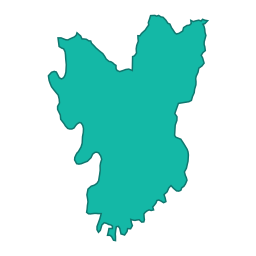 the district of Assaí, Paraná, Brazil
{"feature_id": "56859067B40510282315364", "entity_name": "Assaí", "entity_type": "district", "adm_level": 2, "iso_a3": "BRA", "parent_name": "Brazil", "parent_adm1": "Paraná", "projection": "equal_earth", "projection_center": [-50.881, -23.418], "detail": "fine", "context": "isolated", "style": "filled", "palette": "teal", "viewbox_px": 256, "rotation_deg": 0, "n_neighbors": 0, "source": "geoboundaries", "source_scale": "gbopen_adm2", "svg_char_len": 3218}
<svg xmlns="http://www.w3.org/2000/svg" viewBox="0 0 256 256"><path d="M202.6,19.3L201.1,21.0L198.7,20.2L195.6,20.9L193.2,21.6L190.8,20.4L191.2,23.5L189.6,25.1L186.9,25.5L183.6,27.6L182.7,31.0L179.1,33.3L176.4,34.0L174.8,32.7L172.9,29.7L171.6,27.9L169.9,24.1L167.9,23.3L165.8,20.1L163.1,17.3L160.9,16.9L158.6,15.4L156.6,16.2L154.9,15.4L150.6,15.6L149.6,18.9L148.3,22.6L148.7,25.0L147.1,27.2L145.2,30.1L143.1,32.0L141.5,33.5L139.9,35.8L137.9,35.7L138.0,38.6L138.3,41.2L136.7,45.5L136.2,48.8L136.5,53.1L134.4,55.9L132.6,56.6L132.3,70.5L128.8,69.1L125.8,69.5L123.1,70.5L119.7,71.6L117.1,70.5L116.0,68.6L116.0,65.4L114.4,64.4L112.7,62.8L110.8,61.7L109.0,61.4L106.2,59.1L104.7,56.4L102.8,53.6L100.6,51.9L98.9,50.5L96.0,48.0L94.2,46.0L91.5,43.3L90.7,41.0L88.7,40.8L86.4,39.3L84.3,39.0L82.0,38.9L80.6,35.9L78.9,34.5L77.0,32.8L76.2,35.3L74.4,36.9L69.9,38.9L68.0,39.9L65.9,39.8L61.1,37.9L58.0,37.9L59.1,46.5L61.7,48.1L63.6,48.8L65.1,51.8L65.5,54.9L65.7,58.5L66.3,64.8L65.9,72.1L65.0,75.4L63.6,77.7L61.6,78.9L59.3,77.8L56.3,72.0L54.2,71.4L51.5,72.3L48.4,75.8L49.1,80.4L50.1,83.3L51.5,86.7L54.0,90.0L58.2,95.1L59.2,99.1L59.5,103.0L57.6,106.4L57.6,109.4L60.3,115.0L60.7,119.3L64.1,123.7L65.4,125.9L67.7,128.4L69.7,129.0L71.9,129.0L74.0,128.0L75.7,125.5L77.4,123.7L79.5,122.5L81.2,123.0L82.8,125.5L83.5,128.7L83.3,132.6L82.5,136.7L82.2,143.2L81.0,147.1L78.4,151.6L77.0,153.0L75.9,155.0L74.8,157.5L74.6,159.9L76.7,163.7L78.9,164.1L81.3,163.7L84.7,162.3L87.4,161.3L91.0,157.7L92.6,154.2L94.9,152.4L96.7,152.2L98.6,152.8L100.7,155.9L101.7,159.3L100.6,162.8L100.1,165.6L100.2,170.4L99.6,174.8L98.6,180.8L97.0,183.3L94.5,185.1L91.2,186.2L88.0,189.1L86.9,194.9L87.7,199.4L88.0,201.9L87.4,205.5L87.1,209.3L86.6,212.3L88.5,213.8L90.3,213.9L94.4,213.4L96.3,213.4L98.2,213.6L101.2,213.6L99.9,218.7L98.3,223.1L97.0,226.6L97.0,229.7L98.5,232.3L100.3,230.4L101.9,224.9L104.3,222.7L106.9,223.5L108.7,224.5L110.6,224.8L112.4,226.1L112.4,228.5L109.0,228.5L108.3,232.0L107.5,235.3L109.9,235.3L111.6,236.6L113.5,240.2L115.5,240.6L115.5,236.7L115.3,234.0L115.7,230.2L116.3,226.7L118.3,226.3L119.7,228.2L121.0,233.9L124.6,235.0L127.0,231.6L127.6,228.6L130.6,228.8L132.4,225.6L131.4,222.8L130.8,219.4L133.0,220.1L135.0,220.4L136.8,220.0L139.2,219.7L141.7,222.1L143.8,221.9L144.4,219.7L144.1,217.4L143.9,214.0L145.2,212.3L147.2,210.8L149.1,209.9L151.1,210.5L153.6,209.9L152.7,207.0L154.3,205.2L156.0,202.9L156.9,200.5L158.8,200.0L161.3,201.2L163.6,202.7L165.9,201.6L165.2,198.1L164.0,194.6L167.1,191.8L168.8,187.9L171.0,185.6L173.5,188.3L175.0,189.6L176.6,190.9L178.8,191.1L180.8,190.3L181.8,187.7L183.8,186.4L185.4,184.0L187.0,180.2L186.3,177.6L185.3,175.4L184.4,171.9L186.4,168.3L187.3,164.2L188.0,161.3L188.4,155.0L188.0,151.8L187.1,149.3L184.0,144.1L180.8,139.2L175.8,137.2L174.6,135.4L175.2,125.1L176.9,120.3L177.0,116.8L174.8,113.5L178.4,103.4L188.9,101.7L191.4,100.4L192.5,96.5L194.2,92.7L194.6,89.2L195.9,84.9L196.0,81.8L195.7,78.7L196.1,76.4L198.0,72.3L198.8,68.2L202.0,65.9L204.1,63.1L203.4,60.7L202.6,57.9L201.2,55.3L202.9,52.6L205.3,50.6L204.8,46.7L204.1,44.5L204.2,41.7L205.1,38.5L205.9,35.5L205.0,32.4L204.7,29.0L204.0,26.3L202.9,24.2L204.8,23.7L207.6,20.7L204.8,20.2L202.6,19.3Z" fill="#14b8a6" stroke="#0f766e" stroke-width="1.5"/></svg>